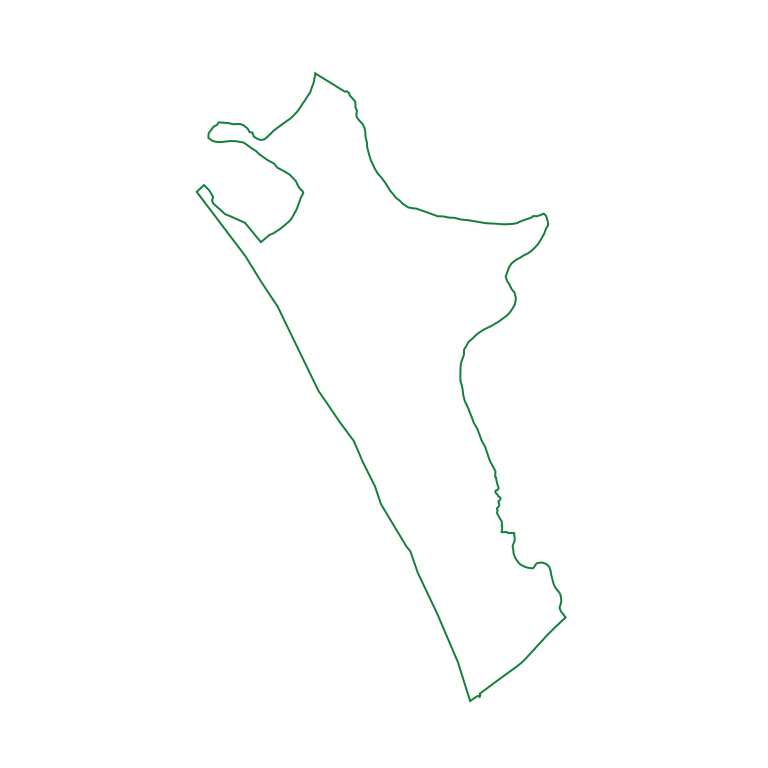 Ilaje, Ondo, Nigeria (Mercator projection), rotated 20°
{"feature_id": "59680162B44253410475450", "entity_name": "Ilaje", "entity_type": "district", "adm_level": 2, "iso_a3": "NGA", "parent_name": "Nigeria", "parent_adm1": "Ondo", "projection": "mercator", "projection_center": [4.771, 6.193], "detail": "fine", "context": "isolated", "style": "outline", "palette": "green", "viewbox_px": 768, "rotation_deg": 20, "n_neighbors": 0, "source": "geoboundaries", "source_scale": "gbopen_adm2", "svg_char_len": 4521}
<svg xmlns="http://www.w3.org/2000/svg" viewBox="0 0 768 768"><g transform="rotate(20 384 384)"><path d="M573.3,652.4L578.5,645.4L580.0,644.6L580.9,645.2L581.0,643.6L579.9,642.3L591.2,625.1L606.1,602.9L609.4,597.3L611.2,593.3L623.4,563.8L628.2,553.7L634.5,541.2L627.8,537.0L625.5,534.3L625.2,529.7L624.7,526.7L622.2,522.1L620.6,520.4L618.7,519.2L614.7,516.8L611.8,513.9L609.6,510.8L606.2,505.8L604.5,502.6L602.5,500.1L601.3,499.0L598.4,497.8L596.4,497.6L594.1,497.7L592.1,498.4L590.1,499.3L588.8,500.4L588.3,501.6L587.8,504.1L587.4,505.6L586.2,506.6L581.9,507.5L578.3,507.6L575.1,507.2L573.4,506.7L570.3,505.2L567.0,502.6L564.5,499.9L563.3,498.2L562.6,496.2L561.3,494.1L560.5,492.8L560.2,491.6L560.4,487.0L559.7,484.3L558.3,482.0L557.4,479.6L556.6,479.7L551.2,481.6L550.6,481.5L549.9,481.1L548.6,481.6L547.3,482.3L545.7,482.9L545.0,482.7L545.0,481.8L544.8,480.6L544.3,478.9L543.7,477.6L543.3,477.4L543.2,477.1L543.3,476.3L542.8,475.6L541.7,473.0L537.4,469.4L536.1,468.1L534.6,467.0L534.1,465.8L534.1,464.0L532.9,463.0L532.8,462.1L533.1,461.3L533.6,459.9L533.8,458.8L533.5,457.5L532.0,456.0L531.7,455.3L531.8,454.7L532.6,453.5L532.8,452.9L532.7,451.7L532.1,451.0L531.0,450.6L530.0,450.5L529.0,449.6L528.1,448.9L527.1,448.6L526.0,447.9L525.3,446.7L525.4,446.1L525.9,445.6L526.9,444.8L527.2,444.0L527.4,443.1L526.9,441.9L525.0,439.7L522.8,436.4L521.5,433.9L520.9,433.4L520.3,433.4L518.5,427.8L509.5,419.7L506.3,415.7L500.5,408.4L494.9,403.6L491.6,399.6L486.7,393.9L481.8,389.9L476.9,384.2L472.0,378.6L465.5,372.1L462.3,367.3L459.8,362.4L457.4,358.4L454.9,355.2L453.3,351.1L451.6,346.3L450.0,341.4L449.2,338.1L449.1,334.1L449.1,329.2L448.3,326.8L447.5,324.4L447.6,323.7L448.2,321.1L449.0,315.5L451.4,311.4L453.0,308.1L454.6,304.9L457.0,301.6L459.5,298.4L462.7,295.1L465.9,291.8L468.3,288.6L469.9,287.0L470.7,285.8L471.5,284.5L476.4,277.1L478.0,273.0L478.8,269.8L479.6,265.7L479.6,263.3L478.7,258.4L475.5,253.6L471.4,251.1L468.9,248.7L467.3,247.1L464.9,245.5L461.6,241.5L461.6,235.8L461.6,231.7L462.4,227.7L463.2,226.0L466.4,221.2L468.8,218.7L471.2,215.5L472.8,213.8L474.4,212.2L476.8,208.9L478.4,205.7L479.2,204.1L480.8,200.0L481.6,196.7L482.4,192.7L483.1,187.9L483.1,187.1L483.1,185.5L483.1,182.2L483.9,179.0L483.1,176.5L479.8,171.7L478.2,170.1L475.7,169.3L473.3,171.7L470.1,174.2L466.9,175.0L465.3,177.5L461.2,180.7L456.4,184.8L454.0,187.3L449.9,189.7L441.9,193.0L433.0,195.5L424.9,198.0L407.1,201.3L400.6,203.0L393.4,203.8L387.7,205.5L382.0,206.3L377.2,208.0L371.5,208.0L370.4,208.0L366.5,208.0L364.2,208.0L358.6,208.1L354.5,208.1L351.3,208.9L346.4,209.8L339.9,208.2L336.7,206.6L331.8,205.0L327.8,202.6L323.7,200.2L320.5,197.7L316.4,194.5L311.5,191.3L305.8,188.1L300.9,184.1L300.8,183.9L297.7,180.8L297.0,180.1L295.4,178.5L295.2,178.4L292.8,175.2L290.4,171.9L287.1,167.1L285.4,163.0L282.2,158.2L281.4,156.6L280.5,154.1L278.1,150.1L274.8,146.9L270.0,144.5L267.5,142.9L265.9,140.4L265.1,136.4L262.6,134.0L261.8,131.5L260.2,128.3L258.3,127.3L255.9,126.0L252.8,124.3L252.0,122.7L248.8,121.6L247.2,122.7L232.9,119.7L213.1,115.6L213.9,118.0L214.0,121.2L214.8,123.7L214.8,127.7L214.8,131.0L214.9,135.0L214.1,138.3L213.3,141.5L212.5,145.6L211.7,148.0L210.9,152.1L209.3,157.8L206.1,165.1L204.5,167.6L201.6,171.7L200.5,173.3L197.3,178.1L194.1,183.0L193.3,184.6L191.7,187.9L189.3,192.8L187.7,195.2L186.0,196.1L184.4,196.9L181.2,196.9L177.1,196.1L174.4,192.8L171.6,193.2L168.2,190.5L163.3,188.9L160.1,188.9L157.7,189.7L153.6,191.4L148.0,192.2L139.3,194.6L138.3,197.9L135.9,200.4L135.1,202.8L133.5,208.5L134.8,212.8L137.3,213.5L139.5,214.1L141.6,214.1L145.7,213.3L149.7,211.7L152.9,210.0L156.2,208.4L161.0,206.7L165.0,205.9L169.9,205.1L172.3,205.9L175.6,206.7L178.0,207.5L184.5,209.0L187.7,210.6L191.8,211.7L197.5,213.3L205.4,214.5L210.1,217.3L215.6,217.9L223.1,219.3L228.6,221.8L231.9,223.6L234.1,225.9L235.7,227.5L239.3,229.8L241.5,230.6L242.9,232.2L242.1,237.2L242.2,240.4L242.2,244.5L242.2,249.4L240.6,259.9L239.8,262.3L238.2,265.6L235.8,269.7L233.4,273.7L231.0,276.9L228.6,280.2L225.5,283.0L219.8,292.8L198.3,280.1L180.3,278.8L176.6,278.8L171.8,276.7L166.5,274.7L161.6,272.6L159.6,270.4L159.5,266.7L156.0,263.9L153.8,262.0L146.8,258.6L142.3,267.5L210.1,311.3L231.8,328.5L237.5,332.8L243.1,337.0L257.3,347.4L257.5,347.5L266.4,356.2L317.4,405.7L324.7,412.8L339.5,423.4L348.9,430.2L355.3,434.8L371.9,445.8L372.9,446.4L374.9,447.7L386.8,460.3L387.0,460.6L390.3,464.1L410.5,483.2L422.2,497.9L460.9,529.2L465.9,532.1L480.1,549.6L512.6,581.7L548.7,620.2L558.6,633.2L573.3,652.4Z" fill="none" stroke="#15803d" stroke-width="2"/></g></svg>